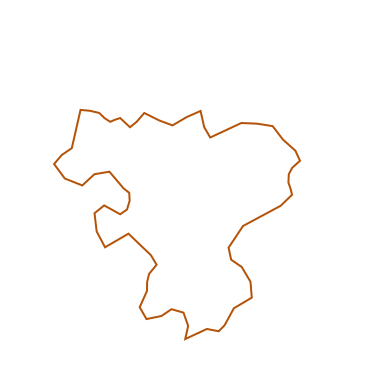 outline of Sîngerei, rotated 326°
{"feature_id": "MDA-1622", "entity_name": "Sîngerei", "entity_type": "District", "adm_level": 1, "iso_a3": "MDA", "parent_name": "Moldova", "parent_adm1": "", "projection": "natural_earth1", "projection_center": [28.121, 47.671], "detail": "fine", "context": "isolated", "style": "outline", "palette": "amber", "viewbox_px": 384, "rotation_deg": 326, "n_neighbors": 0, "source": "natural_earth", "source_scale": "10m", "svg_char_len": 960}
<svg xmlns="http://www.w3.org/2000/svg" viewBox="0 0 384 384"><g transform="rotate(326 192 192)"><path d="M93.3,91.7L104.7,88.5L116.9,88.4L145.5,61.6L152.9,67.7L159.3,74.6L160.9,82.1L163.5,88.1L168.4,89.0L173.8,90.5L176.8,103.6L185.3,102.9L196.6,99.8L204.9,114.4L213.1,125.9L229.4,126.9L244.4,129.6L238.4,145.0L237.6,157.0L271.5,162.4L284.1,171.7L295.7,182.5L296.7,199.4L300.8,215.6L299.0,226.5L288.5,228.0L282.2,231.4L277.2,238.1L275.5,244.5L273.4,250.2L257.9,253.0L215.3,248.7L191.2,258.6L186.6,270.0L191.3,282.0L190.3,299.1L182.5,313.0L161.7,311.8L144.5,320.7L136.3,322.4L127.8,313.9L104.2,310.1L113.9,300.9L117.5,287.3L109.5,277.7L97.3,277.7L83.2,271.9L84.2,258.3L99.3,248.9L104.5,241.5L110.6,235.9L122.0,232.5L122.6,221.4L116.0,191.0L89.0,189.2L90.9,171.4L99.3,155.1L111.7,154.0L120.0,170.3L128.3,170.2L135.4,164.4L139.5,157.6L137.3,150.7L134.9,129.0L121.1,122.7L104.7,125.2L94.1,109.7L93.3,91.7Z" fill="none" stroke="#b45309" stroke-width="2"/></g></svg>